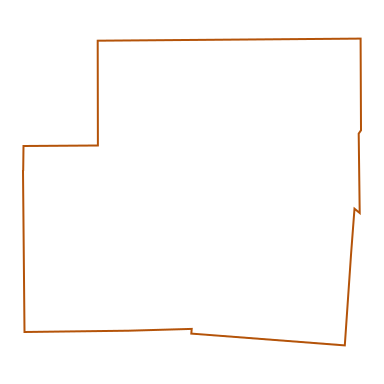 the district of Shelby, Ohio, United States of America
{"feature_id": "52423323B28276778913523", "entity_name": "Shelby", "entity_type": "district", "adm_level": 2, "iso_a3": "USA", "parent_name": "United States of America", "parent_adm1": "Ohio", "projection": "equal_earth", "projection_center": [-84.19, 40.334], "detail": "fine", "context": "isolated", "style": "outline", "palette": "amber", "viewbox_px": 384, "rotation_deg": 0, "n_neighbors": 0, "source": "geoboundaries", "source_scale": "gbopen_adm2", "svg_char_len": 323}
<svg xmlns="http://www.w3.org/2000/svg" viewBox="0 0 384 384"><path d="M344.8,345.4L351.1,253.5L354.5,208.7L359.7,213.0L358.7,133.6L361.0,130.3L360.6,38.6L97.7,40.7L97.9,145.5L23.5,146.0L23.2,170.4L23.0,170.6L24.5,332.0L129.0,330.7L191.7,328.9L191.3,333.6L344.8,345.4Z" fill="none" stroke="#b45309" stroke-width="2"/></svg>